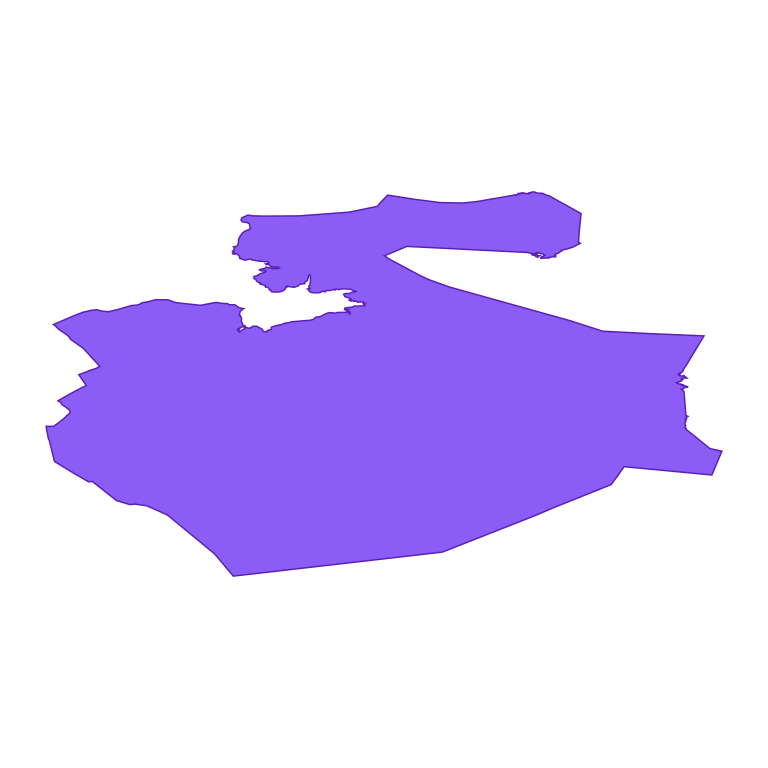 Sørreisa nor, Troms, Norway (Robinson projection)
{"feature_id": "86288312B8991276694955", "entity_name": "Sørreisa nor", "entity_type": "district", "adm_level": 2, "iso_a3": "NOR", "parent_name": "Norway", "parent_adm1": "Troms", "projection": "robinson", "projection_center": [18.288, 69.101], "detail": "fine", "context": "isolated", "style": "filled", "palette": "violet", "viewbox_px": 768, "rotation_deg": 0, "n_neighbors": 0, "source": "geoboundaries", "source_scale": "gbopen_adm2", "svg_char_len": 6058}
<svg xmlns="http://www.w3.org/2000/svg" viewBox="0 0 768 768"><path d="M247.4,215.3L241.7,217.9L241.0,220.3L242.7,222.0L246.9,222.5L249.3,223.7L250.1,227.3L250.7,228.1L248.3,230.0L247.2,230.2L244.5,231.4L242.3,233.1L240.2,236.1L238.7,239.0L238.3,243.3L237.4,245.7L235.4,246.6L234.1,246.6L233.5,246.9L234.6,247.7L233.3,250.9L232.5,251.2L232.6,251.6L233.9,251.5L234.5,252.9L232.6,253.3L233.1,254.1L235.4,254.0L236.4,253.5L238.9,255.6L239.7,257.6L240.3,257.9L239.9,258.5L245.2,260.2L247.6,259.5L251.3,259.1L251.8,259.9L259.3,261.2L263.0,261.3L264.7,261.8L266.1,261.5L268.0,261.8L269.0,263.0L268.4,263.4L265.5,263.9L266.3,264.7L268.3,264.4L269.4,264.7L270.6,266.4L271.9,266.5L273.2,267.2L276.8,267.0L278.4,267.1L279.5,267.5L278.1,268.7L274.7,268.5L272.8,268.8L270.3,267.7L265.9,267.2L265.7,268.1L258.7,269.8L259.7,270.0L261.6,271.0L263.6,270.9L263.9,270.6L265.1,270.8L266.0,271.2L265.6,272.0L259.8,273.9L256.1,276.1L253.9,276.4L254.4,278.3L254.0,278.5L255.9,279.6L256.4,280.7L257.4,281.8L260.3,283.1L259.8,283.5L259.8,283.9L265.2,285.5L265.4,287.0L267.5,287.2L268.9,288.4L269.3,289.8L270.6,290.1L271.5,291.8L277.2,292.1L280.4,291.7L283.4,290.7L285.4,288.8L285.2,288.0L286.8,287.2L286.3,286.2L294.2,287.3L298.4,285.8L299.7,284.2L304.7,283.7L305.0,281.9L307.4,280.6L307.7,278.3L308.4,278.0L308.4,276.1L309.5,274.7L310.0,275.1L310.5,277.3L310.3,282.3L309.9,283.5L310.2,284.9L308.8,286.1L309.2,288.2L308.0,288.7L309.7,288.9L308.4,289.8L309.4,291.5L311.5,292.5L315.6,292.9L320.1,292.6L322.0,291.3L325.5,291.8L326.2,290.6L330.6,290.4L333.4,289.4L335.2,290.0L336.0,288.9L337.8,289.6L341.1,289.2L341.6,288.7L350.3,289.2L354.6,291.1L357.0,291.5L352.6,292.0L348.9,293.6L345.9,293.4L343.6,294.3L344.9,296.7L351.0,298.7L351.0,299.5L349.2,300.1L351.0,301.1L353.6,300.6L353.8,301.4L356.2,301.1L357.4,302.2L363.1,301.9L363.3,302.9L365.1,303.2L363.4,304.0L364.9,304.7L364.8,305.8L353.5,306.2L352.7,307.0L344.9,308.0L344.5,309.6L348.2,309.6L346.6,310.7L348.8,311.3L350.1,312.4L350.3,313.9L349.1,313.9L349.0,312.4L347.2,312.3L338.7,312.4L336.6,312.6L335.8,313.1L329.1,312.6L326.9,313.3L323.9,314.6L320.4,316.6L315.6,317.2L313.7,319.2L310.6,320.2L291.1,321.8L288.9,322.7L284.6,323.2L282.8,324.2L276.7,325.5L271.4,327.1L271.4,329.3L267.2,330.6L267.0,331.9L263.4,331.5L262.2,329.1L256.6,326.2L252.8,326.2L251.5,327.6L250.5,327.5L250.0,328.4L245.7,327.4L244.2,329.2L243.4,329.1L239.4,332.0L238.4,331.4L239.5,329.3L237.5,329.9L237.3,329.4L241.4,327.1L243.0,326.7L244.8,327.3L245.4,326.1L243.2,325.4L241.3,321.0L241.6,318.5L240.3,315.4L239.3,315.4L240.1,311.4L243.7,308.6L239.3,307.8L234.7,304.7L228.7,304.8L227.9,303.7L222.5,303.4L215.9,302.4L200.5,305.3L176.2,302.7L167.7,299.8L155.6,299.7L148.2,301.7L141.9,302.8L140.0,304.1L137.4,305.0L131.1,305.6L119.0,309.2L108.5,311.7L102.5,311.2L96.9,309.7L90.9,310.4L82.2,312.5L72.4,316.4L53.4,324.5L55.1,325.6L58.2,328.9L67.8,335.5L70.8,339.5L83.1,348.2L99.8,366.3L95.9,368.5L88.3,370.9L87.4,371.5L78.8,374.7L85.0,383.6L86.2,385.6L81.1,388.0L69.3,394.3L57.9,400.8L58.2,401.2L60.4,402.1L62.0,404.7L65.1,406.7L69.4,410.0L70.2,412.1L69.8,413.2L66.6,415.8L63.7,418.7L58.1,423.1L53.5,426.4L46.1,426.3L48.3,438.5L49.4,440.7L54.5,461.5L73.0,472.8L88.6,481.8L92.4,481.5L116.5,500.6L129.1,504.4L130.3,504.6L134.7,504.1L146.9,505.8L166.6,514.6L168.8,516.1L214.6,553.9L233.3,576.1L442.3,552.1L537.0,514.8L551.6,508.5L611.1,484.6L618.5,474.7L624.0,466.7L711.9,475.0L721.9,451.2L710.0,448.6L686.2,429.4L685.5,428.4L685.9,428.1L685.1,427.8L684.7,427.3L685.8,425.5L685.2,424.6L684.9,423.5L685.3,422.3L685.7,422.0L685.4,421.4L685.7,421.2L685.9,420.7L685.6,420.5L685.4,419.9L686.1,419.3L685.8,419.0L686.7,418.6L686.2,417.4L687.0,416.7L687.9,416.3L686.0,415.5L685.7,415.1L685.9,414.9L685.5,414.5L685.7,412.8L684.0,391.6L682.8,390.5L682.8,389.8L680.5,389.3L684.2,388.2L684.8,387.4L687.1,387.4L687.7,386.9L687.4,386.6L685.8,386.2L685.6,385.9L684.1,386.0L682.1,385.4L680.5,385.3L682.7,385.1L683.1,384.8L680.4,384.0L679.2,384.0L676.9,383.1L676.2,382.6L676.6,382.3L678.6,382.1L681.0,381.1L682.2,380.3L682.3,379.9L681.1,379.0L681.8,378.6L683.3,378.7L683.1,378.3L683.4,378.1L684.2,377.8L685.0,377.8L686.2,378.2L687.0,378.1L686.5,377.7L686.9,377.6L686.0,377.4L684.5,376.3L683.4,376.2L683.7,375.8L681.3,376.0L680.4,375.7L680.2,375.4L679.4,375.5L678.9,375.2L678.6,374.4L679.5,374.0L679.0,373.9L679.8,373.6L679.8,372.9L681.6,372.4L683.0,371.0L682.9,370.4L683.6,369.7L683.5,369.2L683.9,369.0L684.2,368.0L684.8,367.5L684.9,367.1L685.6,366.1L685.8,366.1L704.0,335.9L649.6,333.6L602.7,331.2L569.8,320.6L449.7,287.1L429.3,279.8L420.8,275.9L390.6,259.8L384.4,255.8L406.9,246.4L527.6,252.5L530.4,253.2L531.3,253.9L533.7,253.6L535.0,253.8L535.2,254.2L533.7,254.2L532.8,254.5L532.5,255.0L534.7,255.3L535.2,255.6L535.3,256.1L535.7,256.5L537.4,257.1L538.5,256.9L538.5,256.2L539.4,255.7L538.6,255.7L536.3,254.8L536.8,254.4L536.3,253.7L537.1,253.3L536.4,252.8L537.6,252.6L539.1,252.7L539.5,252.9L539.3,253.2L542.6,253.9L543.6,254.4L543.9,254.9L544.9,255.0L544.0,256.0L541.7,256.7L540.8,257.5L540.9,258.3L546.3,258.0L547.0,257.7L547.7,257.7L548.1,258.2L548.7,258.0L548.4,257.7L548.7,257.5L550.2,257.1L555.7,256.7L555.1,255.9L555.2,255.7L554.8,255.5L555.3,255.3L555.1,255.2L555.4,254.6L555.2,254.2L558.5,253.1L559.1,252.5L559.7,252.4L559.8,251.8L561.8,250.9L561.6,250.2L565.8,249.3L572.8,247.2L573.2,246.8L573.7,246.7L580.3,243.3L578.5,242.0L579.2,231.6L581.1,213.6L548.9,195.7L546.6,195.3L544.7,194.2L543.0,193.9L542.9,193.4L542.6,193.2L541.4,193.5L539.9,193.1L537.9,193.2L534.5,192.3L534.5,191.9L531.7,192.1L531.2,192.8L530.4,192.5L528.9,192.9L528.7,193.0L529.2,193.2L529.2,193.4L527.6,193.6L527.7,193.8L524.5,193.2L523.9,193.5L523.6,193.0L523.0,193.4L522.2,193.4L522.3,193.1L521.8,193.2L521.7,192.9L520.3,193.2L519.5,193.5L519.6,194.1L519.0,193.9L518.8,193.5L518.1,193.4L517.9,193.8L518.0,194.3L516.8,194.7L516.4,195.4L515.6,195.4L515.4,194.9L514.8,194.7L513.8,195.2L476.7,201.6L462.8,203.0L440.3,202.6L415.9,199.5L387.6,195.1L380.2,202.8L377.3,206.4L348.7,212.2L298.8,215.9L263.2,216.1L251.7,215.8L250.1,215.3L247.4,215.3Z" fill="#8b5cf6" stroke="#5b21b6" stroke-width="1.5"/></svg>